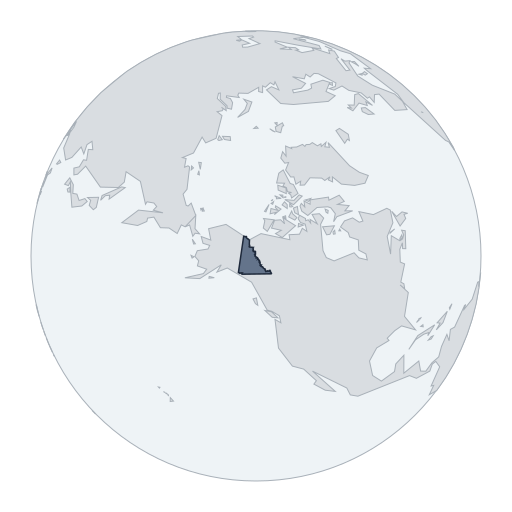 Yukon highlighted on a globe, orthographic projection
{"feature_id": "CAN-636", "entity_name": "Yukon", "entity_type": "Territory", "adm_level": 1, "iso_a3": "CAN", "parent_name": "Canada", "parent_adm1": "", "projection": "orthographic", "projection_center": [-131.937, 64.827], "detail": "fine", "context": "on_globe", "style": "filled", "palette": "slate", "viewbox_px": 512, "rotation_deg": 0, "n_neighbors": 0, "source": "natural_earth", "source_scale": "10m", "svg_char_len": 14292}
<svg xmlns="http://www.w3.org/2000/svg" viewBox="0 0 512 512"><circle cx="256" cy="256" r="225" fill="#eef3f6" stroke="#a8b0b8"/><path d="M95.0,413.5L95.5,414.1L95.4,413.9L95.0,413.5ZM436.7,390.5L429.3,394.7L433.7,385.4L431.1,386.0L439.7,366.8L435.8,361.4L432.3,364.1L429.8,371.1L416.4,378.3L409.5,375.6L357.9,396.2L350.3,394.9L346.8,388.0L312.5,371.1L335.3,391.4L325.2,390.2L313.9,384.1L316.4,380.7L303.7,369.1L292.4,366.1L278.5,348.1L275.0,319.4L280.9,322.8L279.4,315.8L271.8,311.3L267.2,310.1L251.6,282.2L227.3,268.0L216.9,272.1L221.3,264.8L199.8,278.6L184.9,277.8L203.4,273.6L206.7,269.2L197.4,265.9L198.7,260.8L194.9,256.4L197.3,250.7L208.0,249.0L209.7,245.4L203.0,243.3L201.2,236.5L210.8,240.1L208.6,228.7L226.0,224.4L249.5,239.8L261.0,233.6L289.9,239.7L289.1,234.7L299.5,234.2L302.3,228.3L306.9,231.4L305.2,224.1L300.5,222.5L298.2,218.8L299.5,215.2L305.5,218.5L305.7,220.7L308.2,219.8L310.6,223.0L310.1,219.4L317.3,223.9L312.1,214.4L319.4,213.7L323.7,218.1L320.6,224.3L323.0,250.7L326.3,257.6L334.1,260.9L354.1,252.8L358.9,257.9L367.3,259.9L365.9,253.9L358.8,250.2L358.3,239.9L349.7,237.0L348.2,232.5L340.5,227.0L344.5,220.9L352.6,217.9L359.2,222.2L362.9,221.1L358.9,211.6L373.4,214.6L386.8,208.3L390.3,210.1L392.9,222.8L387.2,236.4L390.6,254.1L391.3,235.7L399.9,240.8L402.6,238.9L403.7,234.8L401.6,230.2L405.2,230.7L405.8,248.7L402.6,248.6L402.4,242.8L399.8,249.3L400.3,262.1L404.6,263.9L400.8,282.1L403.9,283.8L404.7,288.8L400.1,284.9L408.3,292.5L404.5,316.4L415.6,329.9L401.6,325.9L394.7,330.7L387.2,338.2L389.0,340.5L376.7,347.9L369.5,361.0L372.6,375.5L381.4,381.1L394.5,371.6L395.8,363.9L403.9,355.2L403.8,373.2L418.8,361.0L420.6,371.1L425.8,371.2L431.9,362.8L438.7,356.9L441.5,346.5L446.9,334.4L449.1,340.8L450.4,329.4L454.6,327.1L464.1,306.5L463.9,309.6L472.2,299.2L477.7,282.1L479.0,281.6L478.6,286.7L479.7,280.1L479.7,281.7L480.7,272.5L478.9,288.3L476.1,304.0L472.1,319.5L467.1,334.6L461.0,349.4L453.9,363.7L445.8,377.4L436.7,390.5ZM170.2,401.5L170.3,397.6L173.5,401.1L170.2,401.5ZM168.2,394.6L168.6,396.1L167.8,394.7L168.2,394.6ZM166.2,393.1L167.6,394.2L165.9,393.4L166.2,393.1ZM163.4,391.6L164.9,392.3L164.7,392.4L163.4,391.6ZM417.8,335.6L434.7,324.8L427.8,335.7L428.6,332.6L423.8,334.2L415.6,339.7L408.8,349.4L417.8,335.6ZM159.4,388.1L158.4,387.0L159.9,387.3L159.4,388.1ZM419.2,320.0L416.5,322.5L418.8,319.4L419.2,320.0ZM264.9,310.5L271.5,311.8L277.9,317.8L272.2,317.3L264.9,310.5ZM253.0,298.9L256.4,297.9L257.8,305.3L255.4,303.6L253.0,298.9ZM209.2,276.4L214.3,277.7L208.9,278.2L209.2,276.4ZM194.0,256.8L192.1,258.1L191.0,255.3L194.0,256.8ZM338.8,230.8L339.7,229.0L340.7,230.9L338.8,230.8ZM334.7,230.3L335.2,233.9L333.4,234.2L333.0,232.0L334.7,230.3ZM193.6,244.0L192.3,239.2L195.4,243.8L193.6,244.0ZM334.4,225.8L329.9,234.3L326.6,234.8L322.6,226.8L334.4,225.8ZM192.8,236.3L189.6,225.0L185.1,226.8L195.8,215.5L195.0,228.7L199.6,233.9L195.1,233.2L192.8,236.3ZM298.5,223.5L303.5,225.1L298.2,227.0L298.5,223.5ZM295.6,225.7L282.3,237.5L275.5,233.6L281.3,230.3L271.5,228.1L274.6,220.3L280.7,219.8L284.6,223.8L282.9,217.8L295.6,225.7ZM202.3,211.2L203.1,208.3L204.3,211.0L202.3,211.2ZM296.9,217.5L294.8,220.1L288.7,216.9L291.7,211.0L292.7,213.9L296.9,217.5ZM267.3,231.4L263.3,228.0L264.8,220.8L263.5,218.5L274.1,219.8L267.3,231.4ZM294.8,212.8L293.4,208.1L297.4,206.5L298.5,214.7L294.8,212.8ZM285.9,218.5L283.1,216.7L285.6,215.8L285.9,218.5ZM310.9,198.4L308.6,201.4L305.2,200.0L310.9,198.4ZM292.7,206.4L291.3,207.0L289.7,206.8L289.7,203.5L292.7,206.4ZM274.4,214.6L275.9,212.4L270.1,213.8L271.0,208.5L278.0,210.4L275.3,207.4L275.6,205.8L281.0,209.1L274.4,214.6ZM284.8,199.6L294.0,200.4L299.1,194.9L302.2,196.1L293.5,204.7L284.8,199.6ZM282.1,204.9L284.5,201.8L287.2,204.6L287.2,208.5L282.1,204.9ZM269.1,204.4L265.9,211.9L264.5,211.3L269.1,204.4ZM285.8,197.4L283.6,197.3L285.8,196.7L285.8,197.4ZM273.6,201.6L272.7,204.3L271.1,203.5L273.6,201.6ZM279.9,194.9L282.8,195.1L282.9,197.6L279.9,194.9ZM276.6,197.5L274.6,195.7L281.2,198.4L276.4,198.8L276.6,197.5ZM272.3,200.4L271.0,200.8L272.9,199.4L272.3,200.4ZM277.8,185.2L286.0,188.0L286.3,193.6L278.2,190.1L277.8,185.2ZM453.3,147.2L454.6,150.5L448.8,141.9L445.5,140.4L403.9,102.7L397.6,94.2L367.6,71.1L364.3,68.2L370.6,68.7L350.3,53.7L340.5,50.8L319.4,41.5L303.7,37.3L293.3,38.7L319.1,45.5L320.9,49.0L298.0,45.2L275.1,40.8L275.1,42.1L287.3,47.2L279.8,48.9L291.3,49.5L288.3,47.2L295.5,47.7L298.6,49.8L295.8,50.2L302.1,52.6L313.8,50.4L312.0,47.9L329.8,53.6L328.6,50.0L334.3,51.1L338.5,57.5L336.3,58.5L346.0,70.7L349.9,70.1L341.0,58.7L344.8,61.1L350.0,60.7L349.0,62.9L357.7,76.0L372.3,85.2L394.8,94.1L402.5,101.4L407.1,109.6L394.8,110.4L379.1,94.1L374.5,94.6L374.2,102.4L369.5,96.9L367.4,98.2L361.2,92.9L348.9,90.4L342.0,86.0L333.8,90.1L329.2,88.6L335.3,86.5L335.9,82.9L318.3,73.7L314.0,73.4L310.1,77.0L305.8,74.2L304.3,78.8L292.5,76.7L305.6,83.4L301.4,88.2L292.5,89.9L293.5,92.8L307.9,90.1L311.6,88.1L310.9,84.2L322.9,80.2L329.7,82.4L326.0,91.5L335.2,95.7L328.3,101.4L293.5,104.5L280.7,103.5L266.5,89.9L271.4,86.7L278.9,89.9L275.0,81.8L273.9,84.9L270.3,82.7L265.4,87.2L262.6,85.9L262.6,92.6L258.6,91.5L258.7,87.3L248.0,93.4L238.8,93.1L237.8,95.2L239.2,97.5L226.6,95.8L226.4,97.4L230.4,98.6L232.6,102.6L231.5,109.2L227.2,108.2L227.0,105.7L220.2,99.2L220.3,93.0L218.5,93.3L217.3,98.5L225.7,106.4L226.2,110.6L221.5,107.3L223.3,108.8L222.2,110.7L217.1,111.7L222.0,115.6L216.1,138.3L205.7,142.9L202.1,137.1L193.5,153.0L182.4,157.6L186.1,158.5L184.5,167.2L188.0,165.8L189.6,167.0L187.0,189.3L183.1,194.1L186.2,205.4L188.1,206.0L191.2,203.1L195.8,215.5L185.1,226.8L181.3,224.9L177.2,233.5L169.0,228.0L160.4,227.7L153.9,217.1L147.6,218.1L146.8,221.5L137.6,225.5L121.8,222.7L138.5,210.1L163.0,212.8L153.3,210.2L156.7,206.5L153.9,203.0L147.0,201.8L145.5,204.3L140.4,181.4L126.1,171.7L124.3,182.1L118.3,187.5L100.4,187.1L85.7,166.1L77.6,174.2L73.9,174.9L73.9,168.1L79.3,166.8L83.5,159.8L86.6,160.3L88.3,149.4L92.8,149.7L92.0,141.3L87.0,144.6L83.8,153.9L81.2,147.0L71.9,157.4L65.6,160.0L63.7,148.0L69.6,134.0L68.8,134.1L73.9,127.2L76.5,121.4L63.8,138.4L63.4,139.1L74.6,122.4L87.3,106.8L101.2,92.3L101.4,92.2L113.4,82.2L124.3,73.3L127.2,71.1L141.2,62.2L155.7,54.3L170.8,47.5L186.3,41.8L192.1,40.0L223.1,33.2L226.6,32.8L232.6,32.0L244.0,31.3L249.0,31.7L256.3,31.5L245.2,31.0L261.8,30.8L278.3,31.8L294.8,34.1L302.2,35.9L300.5,36.0L300.8,36.1L304.8,36.4L308.7,38.0L300.7,35.2L316.6,39.0L332.1,43.9L347.2,50.0L361.8,57.1L375.9,65.3L389.3,74.4L402.1,84.5L414.1,95.5L425.3,107.3L435.6,119.9L444.9,133.3L453.3,147.2ZM231.6,32.0L226.9,32.7L225.3,32.8L231.6,32.0ZM421.0,111.8L422.8,112.4L422.8,112.5L421.0,111.8ZM252.5,36.0L237.7,36.5L241.6,39.7L236.2,40.3L239.5,41.2L241.9,39.9L249.6,43.3L242.2,45.0L242.6,47.2L247.6,47.1L259.9,43.6L249.0,38.6L253.6,37.1L252.5,36.0ZM464.3,305.8L465.7,304.5L464.4,307.9L464.3,305.8ZM428.3,340.1L431.2,336.6L433.2,335.8L431.2,339.0L428.3,340.1ZM449.3,307.8L452.0,303.7L449.8,309.2L449.3,307.8ZM437.1,322.8L447.3,311.3L443.0,322.6L436.3,329.9L440.1,323.1L437.1,322.8ZM420.7,326.4L422.9,324.7L423.2,326.8L420.7,326.4ZM420.9,317.8L420.3,318.9L418.6,318.8L420.9,317.8ZM399.9,239.8L399.9,238.3L401.8,234.8L402.2,237.7L399.9,239.8ZM402.0,211.9L407.7,213.3L404.0,214.3L405.7,218.5L400.1,226.0L391.7,211.3L396.5,216.5L402.0,211.9ZM390.2,232.3L394.7,228.9L390.1,233.2L390.2,232.3ZM362.3,111.6L361.3,108.0L365.4,107.6L374.1,114.0L368.3,114.5L362.3,111.6ZM359.0,103.1L352.9,110.8L347.2,107.5L351.4,108.0L348.3,105.0L354.2,105.1L354.7,94.6L358.4,93.6L372.5,105.4L365.9,101.9L367.3,105.5L359.0,103.1ZM347.4,139.2L344.7,143.3L335.9,130.6L339.4,128.4L348.3,134.3L349.4,140.5L347.4,139.2ZM328.2,210.4L327.8,213.3L326.1,212.3L325.1,209.1L328.2,210.4ZM310.1,199.9L328.5,197.1L328.9,200.2L339.2,195.2L344.3,201.4L337.5,204.4L349.1,205.6L344.9,210.8L352.7,210.8L336.9,216.7L333.6,221.7L335.3,213.7L330.8,207.8L327.8,206.8L317.0,207.5L307.8,215.5L301.8,211.2L300.0,206.0L301.3,203.4L304.8,207.0L304.0,201.0L310.1,204.2L310.1,199.9ZM282.6,151.7L286.1,156.2L285.6,146.0L291.7,148.6L291.2,147.3L296.7,147.0L302.5,144.4L304.9,146.4L306.1,144.6L309.8,144.4L312.3,142.6L317.4,145.8L320.9,143.8L321.3,146.5L326.0,142.3L324.8,146.8L329.4,147.3L328.1,142.6L349.5,165.7L359.4,172.3L368.3,175.5L365.0,183.2L354.6,185.4L341.4,184.1L332.4,176.9L332.6,181.9L328.3,179.9L329.9,176.8L324.8,180.5L321.7,178.1L310.0,177.8L304.5,185.0L300.1,185.2L300.7,181.2L295.9,184.2L293.9,176.9L290.7,177.0L285.6,170.0L288.6,162.5L284.8,163.2L280.8,158.1L282.6,151.7ZM276.6,183.0L278.8,173.2L283.2,169.9L290.2,183.5L293.4,184.5L298.0,193.4L291.6,198.0L290.8,195.0L288.6,193.2L291.5,192.5L287.5,191.7L286.4,187.6L283.0,186.0L284.6,183.2L276.6,183.0ZM358.9,66.3L356.0,64.3L351.2,61.7L354.4,61.5L358.9,66.3ZM365.2,75.1L362.3,73.4L364.5,71.6L367.4,73.7L365.2,75.1ZM358.9,74.2L362.0,73.5L362.1,75.2L358.9,74.2ZM332.5,85.4L329.3,84.1L329.7,83.0L332.3,82.6L332.5,85.4ZM282.4,122.8L283.7,125.7L282.3,126.2L280.7,132.7L276.1,131.4L275.3,127.0L282.4,122.8ZM298.7,39.1L304.3,39.5L306.2,40.4L303.9,40.0L298.7,39.1ZM331.5,49.3L324.8,46.1L332.4,49.3L331.5,49.3ZM277.1,122.5L277.0,125.3L274.8,122.9L277.1,122.5ZM272.6,130.9L269.7,128.7L275.3,132.1L272.6,130.9ZM47.3,171.1L46.6,173.5L45.8,175.3L47.0,171.9L47.3,171.1ZM46.3,176.2L45.2,178.1L47.3,173.3L46.3,176.2ZM67.1,135.5L69.9,130.6L70.9,129.7L67.9,135.3L67.1,135.5ZM60.8,162.5L57.3,164.3L56.5,163.9L59.6,160.1L60.8,162.5ZM237.6,117.4L245.0,109.5L247.3,103.4L243.8,99.2L251.9,102.0L248.4,111.4L237.6,117.4ZM219.2,135.7L222.3,139.7L218.9,140.5L217.7,139.7L219.2,135.7ZM222.5,136.3L230.2,136.6L230.6,140.5L224.4,139.5L222.5,136.3ZM253.8,128.5L256.3,126.3L258.1,128.2L253.8,128.5ZM95.4,413.9L92.0,410.4L95.0,413.5L95.4,413.9ZM53.4,354.5L53.7,355.2L54.4,356.5L53.9,355.5L53.4,354.5ZM51.4,350.2L49.5,346.0L49.3,345.6L51.4,350.2ZM50.7,348.7L50.1,347.1L52.4,352.3L50.7,348.7ZM46.4,338.4L49.2,345.3L46.3,338.0L46.4,338.4ZM45.4,335.7L43.8,331.3L43.8,331.2L45.4,335.7ZM40.8,322.1L43.1,329.4L42.1,326.5L40.8,322.1ZM36.0,304.5L37.5,310.3L38.3,313.3L37.3,310.2L36.0,304.5ZM36.4,305.0L37.9,311.3L39.1,316.4L38.9,315.7L36.4,305.0ZM37.8,200.2L39.9,192.5L41.0,188.6L41.2,188.2L39.4,195.7L37.0,203.6L37.2,202.4L37.8,200.2ZM41.0,190.1L42.2,185.5L41.6,189.0L41.0,190.1ZM43.1,183.2L44.3,180.7L42.8,185.3L43.1,183.2ZM40.1,193.1L41.6,191.0L40.0,195.1L40.1,193.1ZM47.5,174.9L42.6,187.1L47.3,173.7L52.1,167.9L50.4,172.9L47.5,174.9ZM67.2,189.1L70.1,187.2L69.9,192.1L67.9,192.0L67.2,189.1ZM71.9,207.2L70.8,192.9L70.4,181.7L68.4,185.6L64.6,184.2L69.8,177.8L73.3,184.7L72.8,193.4L76.9,194.1L79.1,200.5L84.9,198.6L87.2,201.5L81.8,206.0L71.9,207.2ZM87.5,197.5L98.6,197.3L96.3,207.4L93.3,209.7L89.2,205.4L90.7,200.3L87.5,197.5ZM100.6,200.3L102.1,195.5L121.6,186.9L125.2,187.6L109.1,199.1L109.7,195.2L105.3,195.7L100.6,200.3ZM200.6,208.4L202.9,208.3L201.0,210.2L200.6,208.4ZM191.6,166.0L193.5,167.9L191.2,169.9L191.6,166.0ZM197.7,174.3L198.9,170.7L199.4,174.9L197.7,174.3ZM201.3,162.6L200.3,169.4L198.7,162.3L201.3,162.6Z" fill="#d9dde1" stroke="#a8b0b8" stroke-width="1"/><path d="M239.3,273.0L238.5,272.5L238.4,272.5L238.4,272.4L243.7,236.2L243.8,236.2L243.8,236.3L244.1,236.4L244.4,236.5L244.7,236.5L244.8,236.5L245.1,236.5L245.5,236.7L245.3,236.6L245.8,236.9L245.9,237.0L246.1,237.0L246.3,237.4L246.6,237.7L246.7,238.0L246.8,238.1L247.0,238.2L247.1,237.9L247.1,238.0L247.1,238.3L247.2,238.5L247.4,238.6L248.2,239.2L248.3,239.2L248.3,239.3L248.5,239.5L248.8,239.5L249.0,239.6L249.2,239.8L249.3,239.8L249.5,239.8L249.5,239.7L249.3,244.4L249.3,244.5L249.5,244.8L249.6,245.0L249.7,245.3L249.6,245.5L249.7,245.8L249.7,246.1L249.6,246.4L249.5,246.5L249.4,246.5L249.5,246.7L249.4,246.8L249.5,246.9L249.4,247.0L249.5,247.1L253.1,247.4L253.0,247.5L252.8,247.5L252.7,247.5L252.9,247.8L253.0,247.8L253.1,248.0L253.1,248.3L253.1,248.5L253.1,248.8L253.3,249.0L253.2,249.3L253.3,249.4L253.3,249.5L253.2,249.6L253.1,249.8L253.0,250.1L253.3,250.2L253.4,250.3L253.4,250.5L253.4,250.8L253.2,251.0L253.3,251.2L253.3,251.4L253.3,251.5L253.7,251.6L253.7,251.4L253.8,251.4L254.1,251.3L254.4,251.3L254.4,251.5L254.5,251.7L254.9,251.3L255.0,251.3L255.1,251.5L255.3,251.4L255.4,251.5L255.1,251.8L255.0,252.0L255.3,252.3L255.4,252.5L255.5,252.7L255.6,253.0L255.4,253.2L255.4,253.3L255.4,253.6L255.0,253.9L255.0,254.0L254.8,254.2L254.7,254.4L254.6,254.5L254.8,254.7L255.0,254.6L255.0,254.9L255.1,255.0L255.3,255.0L255.2,255.3L255.1,255.5L255.1,255.8L254.9,256.0L255.0,256.2L255.4,256.2L255.6,256.5L255.8,256.5L256.0,256.9L256.1,257.1L256.3,257.1L256.4,257.3L256.3,257.5L256.2,257.6L256.2,257.8L256.4,257.7L256.5,257.8L256.6,257.7L256.8,257.6L256.9,257.4L257.2,257.5L257.3,257.6L257.5,257.8L257.6,258.0L257.7,258.4L257.8,258.5L257.7,258.6L257.7,258.8L257.9,258.9L257.8,259.1L258.0,259.0L258.0,259.3L258.3,259.5L258.6,259.7L258.7,259.8L259.0,260.0L258.9,260.2L258.8,260.3L258.9,260.5L259.1,260.4L259.2,260.5L259.5,260.7L259.5,260.8L259.7,261.2L259.6,261.3L259.6,261.5L259.3,261.8L259.2,261.9L259.2,262.1L259.3,262.1L259.5,262.3L259.7,262.6L259.7,262.8L259.9,262.9L260.1,262.8L260.1,263.1L260.0,263.3L260.0,263.5L259.9,263.6L260.0,263.8L260.1,264.0L260.2,264.3L260.3,264.3L260.4,264.5L260.3,264.8L260.5,264.7L260.7,264.9L260.9,265.0L261.0,265.0L260.8,265.2L260.8,265.3L261.0,265.5L260.9,265.6L260.8,265.8L260.9,266.0L261.0,266.1L260.9,266.3L261.0,266.4L261.2,266.5L261.4,266.5L261.5,266.5L261.8,266.7L262.0,266.5L262.3,266.6L262.6,266.8L262.6,267.0L262.8,267.1L262.8,267.3L262.9,267.5L263.0,267.5L263.3,267.8L263.3,268.0L263.5,268.1L263.7,268.4L263.9,268.5L264.0,268.6L264.5,268.7L265.0,268.9L265.0,269.0L265.2,269.4L265.2,269.6L265.3,269.9L265.3,270.1L265.3,270.3L265.2,270.3L265.3,270.5L265.4,270.4L265.5,270.4L265.5,270.7L265.6,270.9L265.6,271.0L265.7,271.3L265.7,271.5L265.8,271.6L266.0,271.5L266.3,271.4L266.6,271.4L266.8,271.4L266.9,271.2L267.0,271.1L267.3,271.3L267.4,271.2L267.5,270.9L267.9,271.1L268.2,271.1L268.6,271.2L268.9,270.9L269.2,270.9L269.5,270.9L269.5,270.7L269.5,270.4L269.8,270.4L270.0,270.4L270.0,270.5L270.1,270.8L270.3,271.0L270.2,271.1L270.1,271.3L270.0,271.5L270.4,271.9L270.5,272.0L270.8,272.2L271.0,272.4L271.0,272.6L271.1,272.9L271.3,273.2L271.5,273.4L271.5,273.6L271.5,273.8L271.8,273.8L242.0,274.2L241.8,273.9L242.1,273.0L242.2,272.9L241.0,272.8L240.4,273.2L239.5,272.7L239.4,272.7L239.3,272.9L239.3,273.0ZM246.2,236.5L246.5,236.7L246.5,236.8L246.3,236.8L246.2,236.9L246.0,236.7L245.9,236.8L246.1,236.6L246.2,236.5Z" fill="#64748b" stroke="#1e293b" stroke-width="1.5"/></svg>